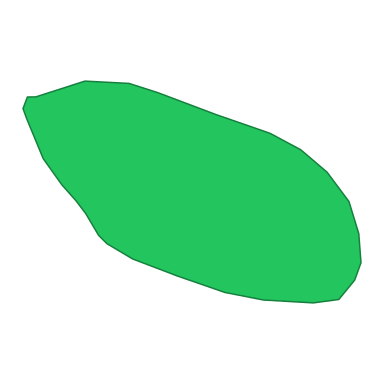 Piherech, Federated States of Micronesia (Mercator projection)
{"feature_id": "79324940B4028665083072", "entity_name": "Piherech", "entity_type": "district", "adm_level": 2, "iso_a3": "FSM", "parent_name": "Federated States of Micronesia", "parent_adm1": "", "projection": "mercator", "projection_center": [150.419, 8.57], "detail": "fine", "context": "isolated", "style": "filled", "palette": "green", "viewbox_px": 384, "rotation_deg": 0, "n_neighbors": 0, "source": "geoboundaries", "source_scale": "gbopen_adm2", "svg_char_len": 453}
<svg xmlns="http://www.w3.org/2000/svg" viewBox="0 0 384 384"><path d="M270.0,133.3L215.5,114.4L158.5,92.9L129.0,83.4L84.9,81.1L35.7,96.9L27.4,97.0L23.0,108.6L27.0,119.5L43.2,158.6L61.9,184.9L76.1,200.9L85.8,213.7L98.7,235.5L107.1,243.8L132.7,259.0L177.6,276.1L225.0,292.5L263.4,300.0L313.3,302.9L338.8,299.5L354.7,280.1L361.0,262.7L358.8,233.7L349.0,201.6L327.1,172.2L300.8,149.8L270.0,133.3Z" fill="#22c55e" stroke="#15803d" stroke-width="1.5"/></svg>